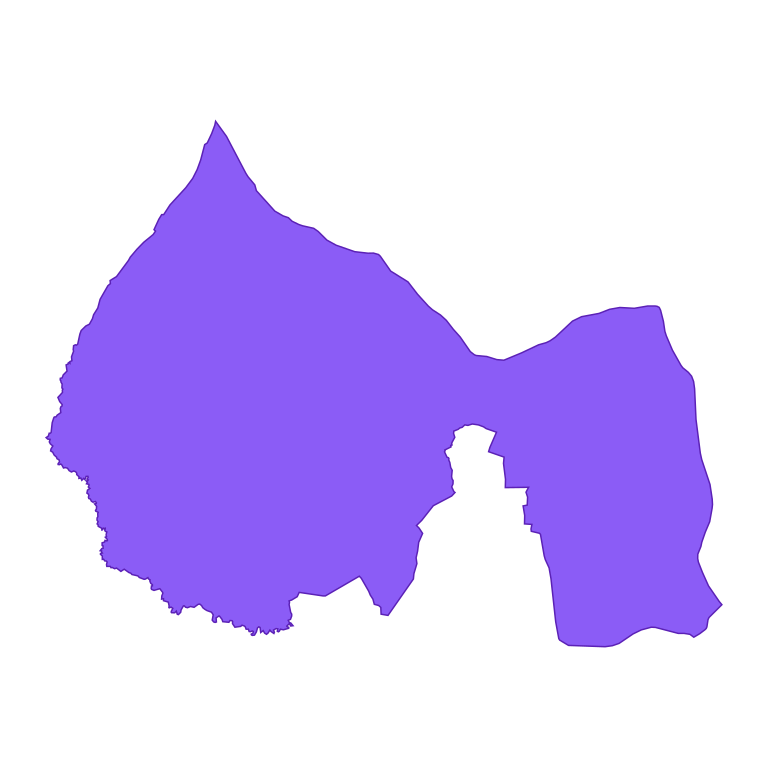 outline of Prachaksinlapakhom, Udon Thani, Thailand
{"feature_id": "78962969B6434448964303", "entity_name": "Prachaksinlapakhom", "entity_type": "district", "adm_level": 2, "iso_a3": "THA", "parent_name": "Thailand", "parent_adm1": "Udon Thani", "projection": "robinson", "projection_center": [102.94, 17.257], "detail": "fine", "context": "isolated", "style": "filled", "palette": "violet", "viewbox_px": 768, "rotation_deg": 0, "n_neighbors": 0, "source": "geoboundaries", "source_scale": "gbopen_adm2", "svg_char_len": 6010}
<svg xmlns="http://www.w3.org/2000/svg" viewBox="0 0 768 768"><path d="M705.3,532.1L709.7,521.7L712.1,508.3L712.5,504.5L712.2,499.1L710.0,484.5L701.7,459.5L700.3,453.1L696.0,419.4L694.6,388.8L693.6,381.5L691.6,376.2L688.3,372.3L682.8,367.8L681.0,365.4L672.4,350.1L666.3,335.8L664.9,331.4L663.4,321.3L660.6,310.3L659.2,307.4L657.1,306.3L655.0,306.0L647.7,306.0L634.3,308.3L619.9,307.5L609.6,309.3L599.1,313.4L581.5,316.7L572.5,321.1L555.4,337.1L549.9,340.9L546.1,342.7L538.6,344.8L521.7,352.8L503.9,360.2L496.8,359.6L486.8,356.5L476.2,355.5L474.4,354.8L470.3,351.6L460.2,337.0L453.3,329.3L446.3,320.3L440.5,315.0L432.5,309.8L428.2,306.0L417.5,294.2L408.0,281.9L390.7,271.1L380.3,256.2L378.5,254.5L373.5,253.1L368.0,253.2L354.8,251.7L336.1,245.2L326.9,240.1L318.1,231.4L313.7,228.3L302.6,225.8L298.8,224.5L292.2,221.3L288.4,217.7L283.1,215.9L274.8,211.1L256.4,190.7L254.8,184.9L248.0,176.7L245.8,173.2L226.5,136.4L215.6,121.3L214.8,125.2L211.7,133.5L207.3,142.9L204.7,144.6L200.7,159.9L197.2,169.5L192.7,178.4L185.7,187.8L170.0,204.9L163.7,214.6L161.7,214.6L158.8,219.3L154.0,229.7L155.5,231.1L153.2,234.5L143.7,242.3L137.0,249.2L130.3,257.1L128.5,260.4L116.5,276.6L110.1,280.5L110.4,283.6L107.9,285.7L100.1,299.3L97.8,308.0L93.6,314.7L92.4,318.8L89.4,324.2L85.8,326.0L81.2,330.5L79.9,334.0L77.7,344.1L76.4,345.2L75.3,344.8L73.6,345.7L73.2,349.7L73.6,351.1L71.5,356.8L71.9,360.7L69.9,361.6L69.9,363.3L68.9,362.5L68.1,363.1L68.1,364.0L66.1,364.9L67.0,371.1L63.3,374.8L62.1,377.9L60.3,378.3L60.2,380.0L60.8,380.7L61.0,382.2L62.1,384.0L61.9,387.9L62.9,389.1L62.3,390.2L62.5,392.4L57.9,397.4L59.7,401.6L62.2,404.6L62.0,406.0L61.0,406.6L60.3,408.4L60.8,412.6L57.2,415.1L56.1,416.8L54.3,417.0L53.7,418.0L52.2,422.7L51.1,432.5L50.2,433.3L49.2,433.2L48.3,436.1L46.1,437.6L47.7,439.1L50.1,439.4L49.3,441.9L50.3,443.8L52.8,446.0L51.0,449.0L50.6,450.9L52.7,452.2L54.2,455.1L56.5,457.1L57.0,458.7L59.1,459.9L59.5,461.9L58.1,463.6L58.1,464.5L59.3,464.7L60.8,464.0L61.8,464.9L63.5,468.0L65.3,467.6L67.5,468.2L69.1,470.6L71.4,472.0L73.7,471.0L75.6,471.7L76.8,473.3L76.7,474.6L79.0,476.7L78.9,478.4L80.8,478.0L81.8,480.3L83.7,478.4L84.9,479.6L86.1,476.4L87.9,476.3L88.2,477.4L87.0,479.1L88.3,479.9L87.7,480.8L86.2,480.9L87.4,482.4L86.5,483.8L88.9,484.4L89.0,485.4L88.3,487.0L89.9,488.4L87.5,490.1L86.9,493.1L88.2,494.0L88.9,495.4L88.4,497.1L88.8,498.5L90.3,499.0L91.4,501.2L93.0,502.2L95.4,501.5L96.4,502.8L96.3,503.5L94.6,503.9L96.6,506.3L96.4,509.2L95.5,510.3L95.7,511.1L98.2,512.3L97.7,513.7L97.9,516.7L97.1,517.9L97.0,520.1L98.1,521.7L97.1,523.9L98.0,524.5L98.2,526.3L101.7,528.3L101.9,530.0L102.5,529.8L103.3,528.2L104.2,528.6L105.2,528.2L105.3,528.9L104.7,530.0L105.3,531.3L106.8,531.9L106.1,534.8L106.5,536.6L105.3,537.2L107.3,539.4L107.4,540.5L106.9,540.9L105.0,540.4L104.6,542.0L102.1,542.8L102.1,545.5L103.0,545.8L103.1,548.3L101.8,548.6L100.2,550.7L101.6,550.9L101.5,552.1L102.3,553.0L100.5,553.6L100.4,554.2L102.3,556.0L102.3,559.4L103.6,559.2L104.7,560.9L106.4,561.1L107.1,562.0L106.5,564.6L106.8,566.4L110.3,566.4L111.0,567.7L112.3,567.5L114.6,568.7L116.6,568.1L120.9,571.4L124.2,569.2L129.0,572.6L130.8,573.2L131.9,574.5L137.9,575.9L139.3,577.5L144.1,579.3L145.4,579.1L147.9,577.6L148.5,578.9L150.1,579.9L149.8,580.9L150.7,583.2L152.4,584.7L152.4,585.8L151.5,585.9L151.2,588.4L151.6,589.4L154.0,590.4L159.8,588.7L162.6,592.3L162.8,593.4L161.8,595.9L161.6,599.1L163.5,598.7L163.5,600.7L168.3,602.1L169.1,605.8L168.9,607.6L169.5,607.8L171.0,607.1L172.8,608.3L171.3,611.3L171.2,612.2L171.6,612.7L174.7,612.8L176.3,611.1L177.3,614.3L178.4,614.6L180.7,612.3L181.1,609.9L183.4,605.9L184.4,605.9L185.5,607.2L187.5,607.7L190.5,606.5L194.1,607.3L198.2,604.3L199.8,604.1L201.6,605.6L202.8,607.7L204.7,609.2L206.8,610.5L211.5,612.2L213.2,614.8L212.2,620.1L213.6,621.9L215.1,622.4L216.4,622.0L216.1,617.9L218.7,616.1L219.5,616.1L222.0,619.4L222.8,621.7L228.9,622.3L230.0,620.5L232.1,620.7L232.6,621.4L232.5,623.6L234.9,627.2L240.7,626.4L242.0,625.2L244.4,626.0L245.3,626.9L246.1,629.2L248.4,629.2L249.1,631.5L250.3,631.7L252.2,631.0L253.3,631.4L253.1,633.0L251.2,634.2L251.5,635.0L252.4,635.4L254.5,635.1L256.4,631.9L257.5,627.9L258.8,626.8L260.1,627.5L260.7,632.5L263.2,630.6L264.6,633.1L266.5,634.3L268.0,633.1L269.9,630.1L271.0,631.5L273.9,633.5L274.4,632.3L273.5,630.1L276.0,628.6L277.8,628.8L277.3,631.3L278.4,631.8L279.3,631.2L280.4,629.2L283.4,629.8L288.7,628.3L288.8,627.3L287.1,626.7L286.8,626.1L288.9,624.0L289.7,624.2L290.7,626.0L293.0,625.7L290.8,623.0L289.4,622.6L288.2,620.3L290.5,619.3L291.7,616.0L291.7,614.1L290.7,612.4L289.1,604.4L289.5,602.6L289.1,600.9L291.7,600.0L297.2,596.7L299.2,592.4L322.9,595.9L325.4,595.9L359.3,576.2L361.3,578.3L368.7,591.2L370.3,595.1L372.9,599.1L374.3,604.3L378.7,605.5L380.8,607.4L381.1,614.2L388.0,615.4L413.4,579.0L413.9,573.7L416.9,563.6L416.1,557.8L417.6,551.1L418.7,542.3L422.6,533.4L419.1,528.1L416.5,525.5L421.7,520.4L433.3,505.7L451.7,496.0L455.0,492.5L453.9,491.6L451.7,486.9L453.0,483.9L453.1,480.6L452.0,478.7L451.6,476.4L452.2,470.3L450.7,467.5L449.8,462.4L448.8,460.1L448.9,458.4L448.4,457.7L447.0,457.2L444.5,451.8L445.1,450.8L444.8,450.0L451.0,446.9L450.7,445.4L452.0,445.0L451.7,443.4L452.1,442.3L454.8,437.3L453.6,433.5L453.8,431.1L458.2,429.3L459.8,428.0L462.2,427.3L464.8,424.9L467.9,425.4L472.3,424.0L478.4,424.9L483.5,426.8L486.2,428.6L496.5,432.2L489.9,447.4L488.6,451.7L504.1,457.1L503.5,463.4L505.5,479.3L505.3,487.6L528.6,487.3L526.0,492.2L527.6,497.1L527.2,505.1L523.1,505.9L524.7,515.5L524.5,523.9L531.9,524.4L531.0,529.0L531.3,531.3L539.6,533.3L540.5,534.5L544.2,555.8L545.3,559.6L549.1,567.9L549.7,571.4L551.0,578.8L555.7,621.8L558.8,638.7L559.8,640.2L568.5,645.4L605.1,646.7L612.4,645.7L619.1,643.4L633.1,633.9L641.3,629.9L651.3,627.2L655.4,627.4L678.3,633.4L684.1,633.4L689.9,634.3L693.8,637.2L699.7,633.7L705.0,629.7L706.2,628.5L706.9,626.9L708.0,619.7L709.0,617.5L721.9,604.7L719.3,601.6L708.5,585.9L702.4,572.3L698.4,562.1L697.7,558.5L697.8,554.2L700.9,546.5L701.8,542.2L705.3,532.1Z" fill="#8b5cf6" stroke="#5b21b6" stroke-width="1.5"/></svg>